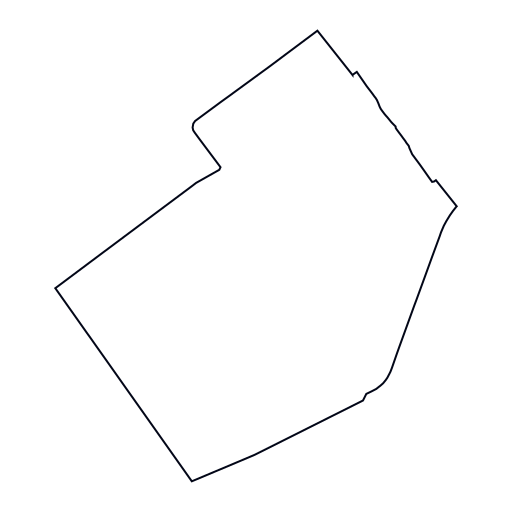 6 October-2, Al Jizah, Egypt (orthographic projection)
{"feature_id": "37247803B57962000824705", "entity_name": "6 October-2", "entity_type": "district", "adm_level": 2, "iso_a3": "EGY", "parent_name": "Egypt", "parent_adm1": "Al Jizah", "projection": "orthographic", "projection_center": [30.925, 29.941], "detail": "fine", "context": "isolated", "style": "outline", "palette": "ink", "viewbox_px": 512, "rotation_deg": 0, "n_neighbors": 0, "source": "geoboundaries", "source_scale": "gbopen_adm2", "svg_char_len": 1365}
<svg xmlns="http://www.w3.org/2000/svg" viewBox="0 0 512 512"><path d="M317.4,30.7L286.2,54.0L270.6,65.7L232.4,93.6L232.2,93.8L231.9,94.0L220.4,102.3L195.1,121.0L193.3,123.6L192.6,127.5L193.2,130.3L194.7,132.6L199.7,139.4L220.5,167.2L219.3,169.8L196.1,182.9L191.8,186.2L102.2,253.1L89.5,262.6L55.3,288.2L86.6,332.5L90.9,338.5L96.6,346.6L112.3,368.8L124.3,385.8L129.6,393.3L185.1,471.8L191.8,481.3L235.8,462.8L254.7,454.8L329.3,417.4L363.0,400.5L366.3,393.9L371.3,391.5L376.3,388.9L378.8,386.9L379.0,386.7L379.5,386.4L380.6,385.5L383.1,383.3L385.7,380.1L387.3,377.8L389.3,374.0L390.5,371.6L392.0,367.7L396.9,353.6L399.4,346.6L401.0,342.2L414.3,305.5L416.7,299.1L424.3,278.3L432.0,257.1L439.7,236.2L441.0,232.4L443.8,225.8L446.4,221.0L449.9,215.3L453.0,210.9L456.4,206.6L456.7,206.3L435.9,180.2L434.1,181.5L432.1,181.9L428.3,176.6L426.0,173.3L423.9,170.3L419.7,164.4L412.2,154.3L409.5,148.3L408.7,145.8L406.5,143.0L405.8,141.9L405.6,141.5L404.3,139.7L403.0,138.0L401.5,135.9L399.3,133.0L396.7,129.5L395.7,127.9L395.6,126.5L394.2,125.1L392.6,123.5L391.2,122.0L389.9,120.4L388.7,118.9L387.3,117.2L386.1,115.9L384.5,114.0L383.3,112.4L381.8,110.4L380.7,108.8L379.6,106.6L378.4,103.4L376.9,100.0L375.5,97.8L374.5,96.6L372.8,94.2L370.7,91.4L368.6,88.7L366.7,86.2L364.9,83.6L356.8,71.9L352.5,74.9L352.5,75.0L317.4,30.7Z" fill="none" stroke="#020617" stroke-width="2"/></svg>